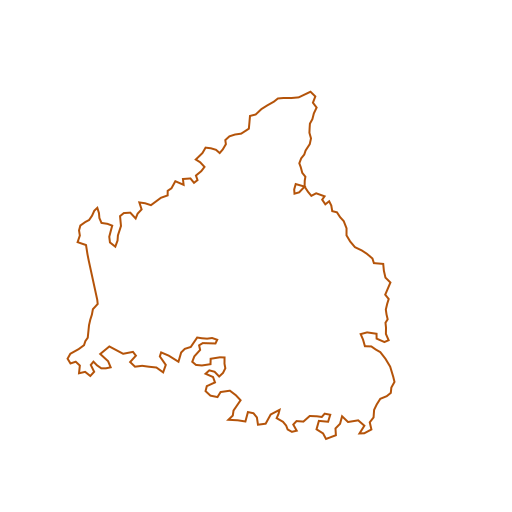 the district of Salto do Lontra, Paraná, Brazil, rotated 291°
{"feature_id": "56859067B29109491242959", "entity_name": "Salto do Lontra", "entity_type": "district", "adm_level": 2, "iso_a3": "BRA", "parent_name": "Brazil", "parent_adm1": "Paraná", "projection": "natural_earth1", "projection_center": [-53.296, -25.774], "detail": "fine", "context": "isolated", "style": "outline", "palette": "amber", "viewbox_px": 512, "rotation_deg": 291, "n_neighbors": 0, "source": "geoboundaries", "source_scale": "gbopen_adm2", "svg_char_len": 3421}
<svg xmlns="http://www.w3.org/2000/svg" viewBox="0 0 512 512"><g transform="rotate(291 256 256)"><path d="M205.0,84.5L205.3,93.4L197.3,98.0L192.2,101.2L158.2,123.5L154.5,125.4L147.9,122.8L142.5,123.8L137.2,124.1L131.6,124.9L119.4,128.2L115.4,127.2L111.1,127.4L105.5,123.8L98.2,117.7L92.6,116.9L89.2,121.3L92.7,125.6L90.6,130.8L83.1,132.8L86.6,138.0L84.6,144.3L89.9,146.4L95.1,140.8L99.1,142.1L97.0,146.6L95.7,151.8L97.4,156.2L100.0,160.2L104.8,155.6L108.7,145.7L119.0,151.5L117.1,167.0L122.4,175.5L119.9,179.6L111.9,176.5L109.3,182.7L112.7,189.1L114.2,195.5L116.2,203.0L114.1,211.0L122.0,210.8L127.8,202.2L132.0,202.0L131.7,210.2L129.5,221.5L139.1,220.7L143.8,222.8L147.7,227.7L158.8,230.3L159.8,234.9L161.3,240.0L163.7,244.4L163.9,249.8L159.8,249.5L155.6,237.5L152.2,234.9L148.3,237.5L140.2,234.4L134.4,234.4L132.8,239.0L134.4,244.7L138.7,252.3L143.8,250.5L148.5,258.6L150.0,263.0L144.1,265.2L140.2,267.6L135.0,267.1L130.3,264.8L133.1,258.8L132.5,253.4L128.0,251.1L127.6,259.3L123.3,263.0L116.9,256.7L111.8,257.3L109.3,263.5L110.5,270.6L116.3,271.7L120.9,279.9L118.8,287.1L115.8,293.3L103.7,290.4L98.7,291.5L93.2,288.9L96.1,297.9L97.7,305.4L107.4,304.4L108.3,310.0L105.6,314.7L99.2,318.3L102.9,325.1L113.3,326.5L120.8,333.1L116.8,333.6L112.0,333.4L110.9,340.6L108.5,344.9L105.4,347.7L104.7,352.5L107.5,356.6L112.0,351.2L116.4,353.0L118.4,359.6L125.9,363.5L128.2,370.4L129.3,375.1L133.4,376.6L134.4,382.2L127.1,382.7L124.6,373.8L115.9,374.6L114.4,382.2L110.3,386.9L117.3,394.8L123.5,392.0L129.5,394.6L137.2,393.8L134.0,401.4L139.2,410.3L136.4,418.0L127.4,416.2L129.3,420.6L135.4,425.9L141.5,421.8L147.4,423.6L154.7,421.4L160.7,421.9L167.2,423.2L172.0,428.3L176.5,430.9L181.7,429.5L188.1,430.4L192.3,427.5L200.8,420.9L206.5,413.6L210.8,406.5L211.6,401.3L212.9,396.1L210.8,390.0L216.3,385.9L220.6,381.7L224.5,387.1L226.6,396.4L222.1,398.2L221.7,406.7L224.9,410.0L229.8,405.2L235.6,403.1L240.1,400.8L244.1,401.6L248.2,398.8L252.5,396.4L258.5,395.6L263.4,395.3L266.2,390.5L279.4,391.0L282.2,384.6L288.0,380.7L294.2,377.6L291.6,368.6L295.4,365.6L297.8,358.7L299.1,352.7L299.7,345.2L303.3,338.7L307.7,333.1L314.3,330.6L320.0,325.4L322.4,320.6L325.8,315.9L325.2,311.1L330.1,308.2L333.3,304.7L329.1,302.2L332.3,297.6L336.3,298.6L336.1,289.7L332.0,286.1L334.6,281.5L338.2,276.5L343.8,274.5L347.7,273.7L350.2,269.4L354.9,266.0L358.1,263.2L363.4,263.2L368.0,264.7L372.3,264.5L379.7,266.1L385.5,265.2L390.2,261.7L394.7,260.2L398.9,258.9L403.9,259.6L409.9,258.9L416.3,259.4L419.5,254.2L426.2,254.2L428.9,248.0L419.4,239.0L416.1,232.3L413.4,225.1L410.9,220.0L406.5,217.4L400.7,212.6L395.1,208.4L388.0,205.0L384.6,200.2L378.7,201.9L372.3,203.7L364.9,198.3L361.9,192.9L358.2,188.3L353.2,185.8L349.6,187.8L343.6,186.8L339.1,185.2L340.8,180.6L340.4,175.3L339.1,170.1L332.9,169.1L324.5,165.2L323.5,170.3L320.7,176.0L315.6,174.5L309.6,171.1L305.9,174.2L302.1,171.9L304.9,167.0L301.7,160.2L296.5,162.9L296.9,153.9L288.9,152.8L285.2,150.2L280.9,151.8L276.3,146.4L265.8,139.7L265.5,133.6L264.2,127.9L258.5,132.5L253.1,130.3L247.9,130.2L251.4,123.1L248.7,117.2L244.5,114.8L235.6,119.2L225.8,119.7L220.8,121.2L214.3,121.3L216.3,114.8L221.4,112.1L227.7,111.4L232.8,110.9L232.8,105.8L231.5,99.9L235.3,96.2L239.8,94.0L244.1,90.6L240.3,88.8L234.9,88.5L229.8,87.3L226.6,84.5L221.5,81.1L216.5,81.6L212.0,84.2L205.0,84.5ZM338.2,276.5L330.9,273.5L328.0,269.6L331.8,267.8L337.4,267.3L338.2,276.5Z" fill="none" stroke="#b45309" stroke-width="2"/></g></svg>